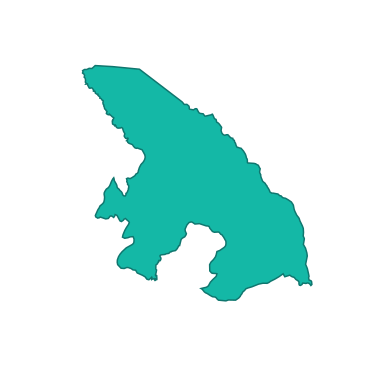 the district of Santo Domingo Tepuxtepec, Oaxaca, Mexico, rotated 200°
{"feature_id": "50627088B60022812235363", "entity_name": "Santo Domingo Tepuxtepec", "entity_type": "district", "adm_level": 2, "iso_a3": "MEX", "parent_name": "Mexico", "parent_adm1": "Oaxaca", "projection": "natural_earth1", "projection_center": [-96.068, 16.934], "detail": "fine", "context": "isolated", "style": "filled", "palette": "teal", "viewbox_px": 384, "rotation_deg": 200, "n_neighbors": 0, "source": "geoboundaries", "source_scale": "gbopen_adm2", "svg_char_len": 6076}
<svg xmlns="http://www.w3.org/2000/svg" viewBox="0 0 384 384"><g transform="rotate(200 192 192)"><path d="M48.3,144.8L47.7,146.1L48.9,148.6L49.8,149.3L52.0,149.4L53.1,151.3L53.2,152.8L54.4,154.8L57.5,159.6L60.5,162.9L61.8,171.3L63.2,174.0L66.1,178.0L69.4,180.8L70.4,186.4L70.9,187.1L72.4,188.6L73.4,192.2L75.0,195.9L76.7,197.9L80.8,201.9L82.2,203.7L83.0,204.4L85.6,206.0L89.0,209.3L90.3,211.0L92.2,214.2L92.8,214.8L95.2,216.6L98.7,217.5L101.9,218.1L104.5,217.7L105.7,218.1L106.9,218.8L108.5,218.6L110.5,219.5L115.3,218.7L116.8,218.2L119.0,218.8L119.6,219.8L121.5,221.5L123.1,222.6L123.8,223.5L125.0,224.1L126.3,225.2L128.7,226.0L129.3,226.3L132.1,229.4L133.1,230.9L133.2,231.6L134.9,233.2L135.4,234.1L135.9,237.2L137.1,238.1L138.8,239.8L141.0,240.0L141.7,240.3L143.5,240.1L149.4,238.4L150.0,238.6L151.0,241.1L151.6,242.0L152.4,242.5L153.7,244.5L154.8,245.8L157.5,248.0L160.9,249.9L162.3,249.6L163.5,249.7L164.8,249.4L166.3,250.6L167.9,252.8L168.9,253.4L169.9,255.0L171.1,255.2L171.5,255.6L172.0,256.4L173.5,256.2L174.4,256.3L177.9,258.1L179.4,257.5L180.5,256.5L182.4,256.6L184.2,257.7L185.7,259.7L186.3,262.9L189.3,265.0L190.9,265.8L192.7,266.1L194.2,268.4L196.0,268.6L198.4,271.2L199.4,272.1L199.9,271.8L200.1,271.3L205.3,267.9L206.0,267.8L208.3,269.3L210.9,268.7L212.2,268.7L213.4,269.5L213.9,270.1L214.6,270.3L214.9,270.9L215.6,271.6L216.2,271.8L216.7,271.7L217.5,271.3L218.7,269.7L222.6,269.0L223.1,269.4L223.6,270.8L224.5,271.8L226.8,272.6L229.2,271.6L231.9,273.2L233.7,273.8L283.4,289.4L309.4,282.7L326.2,277.7L328.2,273.9L331.0,273.0L332.7,271.2L334.9,270.4L336.3,268.6L335.5,267.7L335.6,266.4L335.0,266.1L334.1,266.0L332.8,264.8L332.6,263.0L331.3,262.4L330.3,260.7L329.8,258.8L329.4,258.4L328.3,258.0L328.6,257.1L327.2,257.8L326.6,256.8L324.2,254.6L323.4,254.6L322.1,255.5L321.1,255.4L320.3,254.8L319.6,254.5L319.2,253.1L318.7,253.1L318.0,253.5L317.1,252.8L316.8,252.0L316.1,251.7L314.8,251.4L313.8,251.7L313.5,250.7L311.0,249.7L310.6,248.6L309.3,248.7L307.6,247.4L307.0,247.6L306.5,247.2L306.3,245.5L305.8,244.6L305.2,243.8L304.6,243.6L304.4,243.3L304.3,242.6L303.7,242.1L302.6,240.4L302.2,240.1L301.3,239.9L300.5,239.0L299.9,238.9L299.4,238.6L299.4,236.6L299.1,236.3L297.1,235.9L296.2,236.9L295.9,236.4L295.5,236.3L295.1,236.5L292.4,235.3L291.0,235.1L290.8,234.6L290.8,233.8L291.2,232.9L291.1,232.2L290.8,231.9L291.2,231.4L290.0,228.9L289.6,228.6L288.3,228.5L287.2,227.7L287.0,227.9L286.9,228.6L286.4,228.4L285.7,227.4L284.7,226.8L283.4,226.7L281.1,227.7L280.5,228.3L280.1,228.5L279.0,228.1L277.2,225.7L275.0,223.7L275.0,222.0L274.6,221.0L272.8,219.8L271.9,219.8L271.2,220.2L270.8,220.7L270.4,220.4L270.5,219.9L270.3,219.3L271.0,217.8L270.2,217.8L269.3,216.7L267.9,216.2L264.6,216.2L263.8,215.9L262.7,215.0L260.8,214.0L259.3,214.0L258.4,214.6L253.3,214.6L249.1,210.8L247.9,208.8L247.6,206.5L247.8,204.8L248.3,202.7L248.9,201.6L249.4,200.2L249.8,197.0L249.7,193.7L249.4,192.2L249.7,191.0L250.9,189.6L251.2,187.8L253.6,184.6L254.8,183.4L257.0,183.2L258.1,182.1L257.1,180.8L256.9,179.5L256.6,179.1L256.0,178.8L255.5,178.1L255.1,177.0L253.8,176.5L253.0,174.7L253.1,173.7L252.7,173.3L252.8,170.1L252.9,169.0L253.6,168.1L253.2,167.2L253.2,166.0L253.5,165.3L255.0,165.1L256.1,165.7L257.5,167.4L258.5,168.1L260.5,168.9L261.3,169.6L263.3,170.3L264.1,171.1L264.9,172.5L265.7,173.4L269.1,176.3L269.5,177.4L270.4,178.6L270.9,177.3L271.3,174.5L271.4,170.7L271.6,169.0L272.2,167.3L273.5,165.4L274.0,163.3L274.2,161.5L273.9,160.0L272.4,157.3L271.7,154.8L271.4,152.6L271.8,150.7L273.7,147.4L273.9,144.8L274.2,144.0L274.4,142.8L274.8,136.9L274.0,135.7L271.7,135.2L270.1,136.3L269.7,137.1L263.9,137.2L261.6,138.5L260.7,141.3L259.7,141.9L258.6,141.8L256.9,141.3L256.4,143.1L256.5,144.5L254.5,144.4L249.8,140.2L248.2,140.1L246.8,142.1L246.7,143.0L245.5,144.3L242.9,143.2L241.9,142.9L240.5,142.0L240.6,139.8L241.5,136.0L242.0,133.0L242.2,128.4L241.9,125.8L239.4,125.5L236.6,127.1L234.9,128.6L232.1,129.9L230.4,128.0L229.9,126.6L229.4,124.8L229.5,123.6L230.2,122.2L234.7,117.0L237.3,111.9L238.3,109.1L238.9,106.2L238.9,102.6L238.2,100.3L237.0,98.3L232.6,96.1L229.6,96.9L227.4,98.8L225.9,99.2L222.8,99.2L220.9,98.6L218.2,99.2L215.8,97.2L210.0,96.8L207.4,96.3L206.7,96.1L205.9,95.4L205.4,95.3L204.5,94.6L202.5,94.8L201.6,96.4L201.4,96.9L201.1,97.1L200.7,98.2L200.4,97.9L200.2,96.3L200.0,95.9L199.2,96.9L198.7,97.2L198.2,97.3L196.5,96.2L196.3,96.4L196.3,96.8L197.0,97.7L197.1,98.0L196.5,98.1L195.5,97.5L195.2,97.5L195.1,97.8L195.3,98.4L196.6,101.4L196.9,101.5L197.5,100.9L198.0,101.5L198.1,103.5L198.6,106.6L199.4,107.0L199.7,107.3L200.8,110.5L200.8,111.4L199.9,112.7L199.9,114.3L199.5,114.6L199.8,115.9L199.6,116.5L199.1,116.6L198.8,116.3L198.4,116.6L198.3,117.4L198.3,118.4L198.6,119.2L199.2,119.9L199.9,120.3L200.3,121.4L199.5,122.4L196.0,124.1L195.6,124.7L195.1,125.1L192.8,126.4L191.9,128.3L190.9,128.8L190.5,129.5L187.5,131.3L187.2,131.9L186.5,133.7L186.0,137.1L185.3,137.4L186.0,143.7L185.3,145.3L183.5,147.4L183.0,149.5L183.0,150.9L185.0,153.0L185.8,154.7L185.5,159.2L184.4,162.2L183.2,163.2L182.1,163.7L181.0,163.6L178.3,162.9L174.2,164.8L167.0,165.0L166.0,165.4L164.2,165.5L162.8,164.0L159.3,161.9L157.3,161.8L153.6,163.4L152.6,163.4L150.5,162.1L149.4,162.1L146.7,160.3L143.3,157.3L142.5,155.4L142.1,153.7L142.2,152.3L142.9,150.8L145.9,146.6L148.2,144.6L147.8,141.2L147.8,139.0L148.7,135.9L150.2,132.6L150.6,129.8L148.3,123.9L145.9,122.6L144.5,122.7L141.5,123.6L140.6,123.7L140.4,121.0L142.5,116.8L143.9,113.5L144.5,109.4L145.8,107.5L150.5,104.4L149.1,104.1L146.3,102.4L144.8,101.9L143.0,101.8L139.5,101.0L136.9,100.6L134.3,101.2L133.1,100.9L132.1,100.2L130.2,99.4L122.9,101.3L120.8,103.0L114.0,105.3L111.8,108.4L111.0,110.4L110.9,111.6L110.3,113.4L110.2,115.1L108.9,117.5L108.3,119.4L106.8,120.8L103.4,123.3L97.9,128.2L94.2,130.5L90.2,131.9L88.9,133.1L87.7,134.9L84.3,138.5L81.1,142.4L78.4,146.3L75.8,144.1L71.6,147.3L69.8,146.7L68.3,146.6L67.4,146.8L66.2,146.4L64.6,145.4L61.7,144.7L60.7,144.0L60.0,142.1L59.2,141.2L58.1,141.3L57.0,142.7L56.8,144.2L55.3,144.7L53.7,145.0L52.6,145.9L51.6,146.2L50.1,146.0L48.3,144.8Z" fill="#14b8a6" stroke="#0f766e" stroke-width="1.5"/></g></svg>